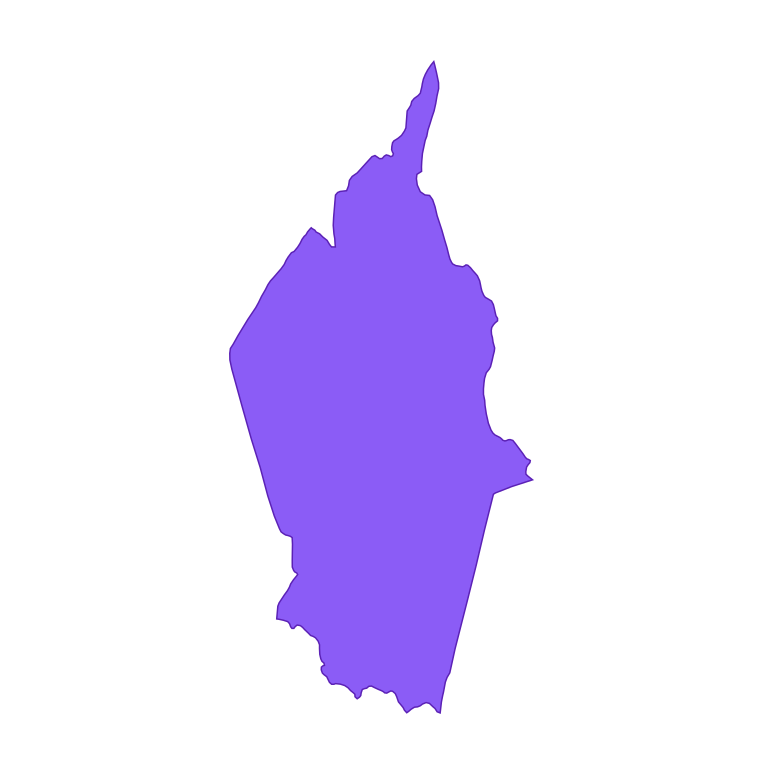 outline of Mouloundou, Ogooué-Lolo, Gabon, rotated 185°
{"feature_id": "22940354B50404497002370", "entity_name": "Mouloundou", "entity_type": "district", "adm_level": 2, "iso_a3": "GAB", "parent_name": "Gabon", "parent_adm1": "Ogooué-Lolo", "projection": "equal_earth", "projection_center": [12.887, -0.678], "detail": "fine", "context": "isolated", "style": "filled", "palette": "violet", "viewbox_px": 768, "rotation_deg": 185, "n_neighbors": 0, "source": "geoboundaries", "source_scale": "gbopen_adm2", "svg_char_len": 3996}
<svg xmlns="http://www.w3.org/2000/svg" viewBox="0 0 768 768"><g transform="rotate(185 384 384)"><path d="M299.4,61.2L299.3,64.2L299.1,72.2L298.4,78.8L297.9,82.2L296.9,92.4L295.6,97.2L293.3,102.0L290.1,126.6L281.9,176.7L276.3,211.9L271.2,247.3L265.4,283.7L263.5,285.2L248.0,292.9L227.7,301.5L230.1,303.1L232.8,304.9L234.7,306.5L235.1,308.9L234.7,313.7L233.3,316.3L231.8,318.4L231.6,320.5L233.4,321.4L235.2,321.9L237.0,323.5L239.2,326.3L242.2,329.7L244.8,332.6L248.0,336.2L250.7,339.0L253.5,339.6L255.3,339.3L257.1,338.3L258.6,337.8L260.9,338.4L261.9,339.5L263.8,340.8L266.0,341.7L269.0,342.9L271.3,344.7L273.4,347.5L275.4,351.6L276.6,354.0L278.1,358.8L279.5,363.1L281.5,371.5L282.3,376.6L284.0,382.3L284.5,387.8L284.5,393.8L284.3,398.4L283.1,404.1L280.6,407.8L279.4,410.5L278.4,416.5L277.7,421.9L277.0,426.2L276.9,429.5L278.1,432.7L279.0,435.2L280.1,439.9L281.2,442.8L281.8,446.6L281.6,449.7L280.1,452.6L278.6,454.6L276.4,456.8L276.6,459.3L278.4,461.7L279.4,464.7L280.7,468.9L282.0,472.7L284.1,476.0L287.5,477.7L290.6,479.1L292.3,480.9L294.5,484.9L295.7,488.3L296.6,491.5L297.7,495.1L300.4,499.9L302.6,502.1L305.4,504.7L308.0,507.4L310.9,509.6L312.7,509.8L314.3,508.4L316.0,507.6L319.8,508.0L322.8,508.2L326.1,509.6L327.4,511.2L329.2,514.2L330.8,518.4L333.2,525.4L336.0,532.4L339.8,542.4L345.8,556.4L348.6,565.0L351.6,571.8L355.0,575.8L359.7,575.9L364.6,578.7L368.2,585.1L369.6,591.3L369.5,595.7L365.1,599.1L365.6,603.7L365.8,609.1L365.8,616.9L364.9,624.5L364.2,630.3L363.0,634.5L362.4,640.6L360.8,647.6L359.4,654.2L357.9,660.4L356.9,668.0L356.3,675.6L355.3,683.0L355.9,688.8L357.6,694.6L359.0,699.2L361.2,705.9L362.5,709.5L364.9,706.0L367.8,700.7L369.8,696.1L371.3,691.3L372.0,686.5L372.2,683.5L373.2,676.8L375.2,674.2L378.8,671.1L381.0,667.9L381.6,664.0L382.7,661.7L384.7,658.0L384.5,641.0L385.7,637.7L388.2,633.2L391.2,630.2L393.2,628.6L395.3,627.1L396.5,625.1L396.9,621.2L396.8,618.0L395.7,615.7L394.7,614.2L395.3,612.0L397.1,611.1L399.2,612.0L401.7,612.4L403.6,611.0L405.4,608.5L408.1,608.1L410.3,609.4L412.9,610.8L415.8,609.4L420.6,603.1L429.1,591.9L433.8,588.0L436.2,583.9L436.6,578.3L438.1,573.3L444.5,572.0L446.9,570.7L448.8,568.0L448.7,545.7L448.4,537.6L446.9,529.0L445.7,524.5L445.0,519.7L444.4,516.3L448.3,516.0L450.6,518.5L453.2,522.1L457.9,525.2L461.2,528.0L464.9,529.5L466.3,531.2L469.2,532.6L470.1,533.3L471.1,532.1L473.4,528.8L474.7,525.9L476.4,524.1L478.0,521.4L478.2,521.1L479.9,516.7L482.0,512.7L485.1,508.2L487.7,506.7L490.4,502.4L492.3,498.6L493.8,494.4L496.5,489.9L503.5,480.2L506.1,476.8L508.2,473.0L510.5,467.3L513.6,460.7L516.1,454.1L518.4,448.9L525.2,436.6L533.6,419.6L537.7,410.5L540.1,406.0L540.3,401.1L539.6,394.5L536.9,385.6L523.7,350.1L511.4,317.7L500.1,290.2L490.0,262.4L481.8,243.0L477.2,234.0L475.5,230.7L473.6,227.7L471.2,226.2L468.8,225.0L466.5,224.7L464.0,224.1L462.1,223.0L461.2,216.4L460.5,206.6L460.0,199.9L459.4,193.6L457.7,190.3L456.5,189.0L454.4,188.1L453.4,186.6L454.8,184.5L457.1,181.1L459.5,176.8L460.5,173.4L462.2,169.6L464.7,165.5L467.3,160.7L469.4,156.8L470.4,153.4L470.4,147.7L470.4,140.6L468.3,140.5L463.7,139.9L459.2,138.9L457.2,137.0L455.8,134.0L454.4,132.5L452.5,132.7L451.3,134.6L449.5,136.3L446.2,136.0L443.8,134.4L441.5,132.3L437.6,129.2L435.2,127.1L432.6,126.4L430.1,125.2L427.2,122.1L425.5,118.6L425.2,114.9L424.4,109.1L423.0,104.7L421.6,102.3L419.5,100.8L418.8,98.5L420.3,97.9L421.7,96.5L421.6,93.8L420.2,90.7L418.4,89.2L415.5,87.4L414.1,85.0L412.3,82.0L410.0,80.3L407.8,80.5L406.1,81.3L401.3,81.2L396.9,80.2L393.4,78.3L390.6,75.7L387.6,73.7L386.0,72.4L385.6,69.9L383.3,68.1L381.1,69.9L380.0,71.6L379.8,74.5L379.0,77.8L377.0,78.8L374.7,79.5L372.8,81.5L370.1,82.0L367.4,80.9L363.3,79.4L359.6,78.2L357.7,77.4L356.5,76.4L354.3,76.3L352.7,77.4L350.5,78.8L348.6,78.6L345.8,76.6L344.1,73.6L341.9,68.6L339.5,66.2L336.7,63.3L335.2,60.8L332.7,58.5L331.0,59.9L328.6,62.4L325.5,64.7L322.4,65.3L319.7,66.7L317.8,68.5L314.3,70.3L310.9,69.8L307.3,66.9L304.9,65.2L302.5,62.1L299.4,61.2Z" fill="#8b5cf6" stroke="#5b21b6" stroke-width="1.5"/></g></svg>